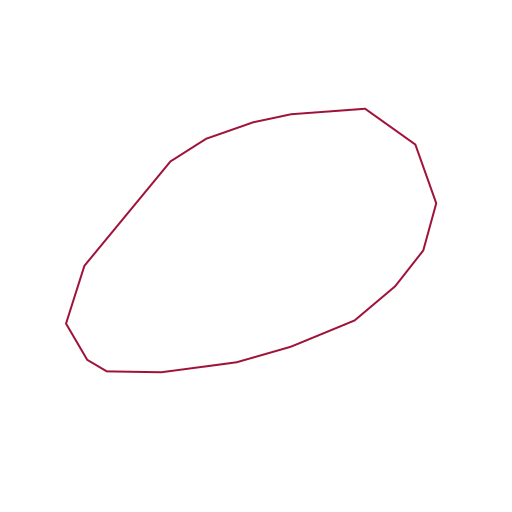 Chongnam, P'yŏngan-namdo, North Korea, rotated 39°
{"feature_id": "82179303B42180748236160", "entity_name": "Chongnam", "entity_type": "district", "adm_level": 2, "iso_a3": "PRK", "parent_name": "North Korea", "parent_adm1": "P'yŏngan-namdo", "projection": "albers", "projection_center": [125.451, 39.479], "detail": "fine", "context": "isolated", "style": "outline", "palette": "rose", "viewbox_px": 512, "rotation_deg": 39, "n_neighbors": 0, "source": "geoboundaries", "source_scale": "gbopen_adm2", "svg_char_len": 391}
<svg xmlns="http://www.w3.org/2000/svg" viewBox="0 0 512 512"><g transform="rotate(39 256 256)"><path d="M190.2,442.9L212.6,439.6L255.5,406.0L307.8,350.8L340.2,304.5L373.2,244.0L383.2,191.9L382.5,146.4L362.9,101.6L309.7,69.1L248.1,72.9L194.1,123.7L169.7,153.8L143.5,196.2L130.0,236.3L129.4,303.9L128.8,371.6L150.9,428.1L190.2,442.9Z" fill="none" stroke="#9f1239" stroke-width="2"/></g></svg>